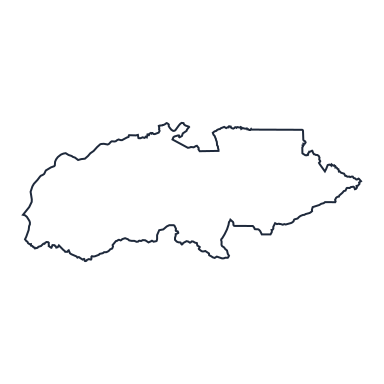 Carlos Julio Arosemena Tola, Napo, Ecuador (Mercator projection)
{"feature_id": "8360857B58627909026885", "entity_name": "Carlos Julio Arosemena Tola", "entity_type": "district", "adm_level": 2, "iso_a3": "ECU", "parent_name": "Ecuador", "parent_adm1": "Napo", "projection": "mercator", "projection_center": [-77.909, -1.166], "detail": "fine", "context": "isolated", "style": "outline", "palette": "slate", "viewbox_px": 384, "rotation_deg": 0, "n_neighbors": 0, "source": "geoboundaries", "source_scale": "gbopen_adm2", "svg_char_len": 6020}
<svg xmlns="http://www.w3.org/2000/svg" viewBox="0 0 384 384"><path d="M25.0,239.3L26.3,241.0L27.4,241.7L28.1,243.2L29.8,244.3L30.9,244.1L31.0,245.6L32.4,246.0L32.9,246.8L33.4,246.9L34.2,247.7L34.7,247.7L35.0,248.4L37.5,247.8L38.4,246.8L41.0,246.0L43.3,243.8L43.8,243.6L44.5,243.8L45.3,242.7L46.6,242.0L48.2,242.2L48.8,242.8L48.7,244.4L48.9,245.3L48.7,246.0L51.2,247.8L51.4,247.8L52.5,245.1L54.5,245.2L54.7,245.7L55.7,246.3L56.3,247.6L57.7,247.2L58.9,245.4L63.3,249.9L64.7,251.0L65.2,251.8L67.4,251.8L68.2,250.6L68.7,250.3L70.0,253.3L71.3,254.2L76.6,256.5L77.4,257.6L78.6,257.1L79.3,257.3L80.0,257.9L82.7,259.6L84.0,258.9L84.3,259.1L84.8,260.9L85.2,261.1L86.4,260.8L86.9,260.0L88.8,259.1L90.9,259.6L91.4,258.9L91.4,256.8L91.9,256.2L93.5,256.5L94.9,256.3L98.9,254.8L99.6,253.9L102.8,253.2L104.1,252.2L106.2,252.2L107.7,251.6L109.1,250.6L110.1,249.4L112.2,248.5L113.0,246.5L112.6,245.1L115.9,241.1L117.1,240.8L118.4,239.9L119.4,239.9L120.6,240.4L121.3,240.1L122.3,239.1L125.1,238.2L128.0,239.3L129.2,240.4L131.8,240.9L134.4,240.9L136.6,241.8L138.1,241.6L138.8,240.9L139.4,240.7L141.1,241.0L142.8,240.1L145.3,240.3L148.5,242.4L151.2,241.2L151.6,240.8L152.2,240.8L153.6,241.7L156.1,241.2L156.7,240.8L157.1,239.0L157.1,235.1L159.2,230.2L163.3,229.4L166.8,226.4L169.3,225.2L173.6,225.2L174.4,225.6L175.6,228.0L176.0,228.9L175.7,230.3L175.9,230.9L177.7,231.4L178.2,232.4L178.2,233.0L177.3,233.5L175.7,234.1L175.7,235.6L175.0,237.8L175.0,239.8L176.7,241.6L178.4,242.3L180.1,242.4L180.6,242.6L181.3,244.0L181.9,244.5L182.5,244.1L183.2,243.0L186.5,241.2L188.1,241.5L190.0,242.7L190.8,242.3L191.7,241.4L193.1,241.5L195.1,242.7L196.8,243.0L197.4,245.6L199.7,246.9L199.7,247.3L198.8,248.8L199.0,249.2L201.2,250.9L202.2,251.4L203.8,251.4L205.3,251.0L209.0,253.5L209.1,255.1L209.4,255.4L210.6,255.9L212.9,257.4L214.7,257.9L216.8,256.6L222.1,258.4L223.9,258.3L225.4,257.7L227.4,257.8L228.0,257.6L229.0,255.8L227.8,253.9L227.0,250.5L225.1,248.9L224.2,247.5L222.1,246.1L221.7,245.4L221.5,244.7L221.6,241.7L221.1,240.0L221.4,239.1L222.3,238.1L224.6,234.3L227.0,229.4L228.5,224.9L229.0,222.1L229.9,221.0L230.4,219.7L233.0,222.0L233.4,223.1L233.4,224.9L234.2,225.9L252.8,226.0L254.2,227.6L254.5,228.7L255.0,229.2L258.1,229.3L258.9,229.7L260.2,231.1L261.8,234.4L270.5,234.4L271.7,232.3L271.9,230.7L271.6,230.0L272.6,229.7L273.3,228.7L273.3,226.8L275.1,223.2L276.9,224.1L279.0,223.7L279.5,224.0L280.5,224.0L282.8,224.7L284.3,224.1L285.7,224.5L291.1,223.0L292.1,222.5L293.5,221.4L293.9,220.1L294.4,219.4L297.6,218.5L298.8,217.2L300.4,216.0L302.8,215.0L304.5,214.8L305.5,214.1L309.6,213.0L311.0,212.1L312.1,211.1L311.9,209.7L312.7,207.1L319.3,205.0L321.2,203.8L323.6,203.2L325.1,202.1L335.2,202.2L335.6,201.5L335.1,199.8L336.2,197.7L337.5,196.8L338.9,196.6L339.3,195.5L342.4,192.8L343.8,191.1L345.5,190.6L346.6,188.2L347.1,187.9L349.7,188.0L350.8,187.1L353.4,186.7L354.2,187.3L354.9,189.2L355.8,189.0L356.9,187.7L356.6,185.9L357.9,185.7L359.5,183.8L359.1,182.5L361.0,181.2L358.9,178.8L358.5,178.6L357.3,179.4L356.3,179.5L354.9,178.3L353.8,178.1L352.7,176.6L351.7,176.6L350.1,177.1L349.4,176.6L347.3,176.7L346.1,175.8L345.3,175.9L344.1,173.7L341.0,172.7L339.6,171.3L338.9,171.5L338.4,169.2L337.5,168.9L336.9,167.9L336.1,167.3L335.4,167.5L335.2,166.0L334.6,165.9L334.2,165.3L333.3,165.7L332.1,164.8L331.5,165.5L331.2,164.5L330.5,165.1L329.3,164.6L327.7,165.1L326.2,168.9L324.9,171.4L319.8,164.3L319.0,162.9L320.2,161.5L320.2,161.0L319.2,159.4L319.5,157.6L318.6,155.8L317.3,155.0L315.7,154.9L314.5,154.2L313.9,154.2L312.9,152.5L312.5,151.1L312.1,150.7L309.8,151.8L309.2,151.7L308.9,152.5L308.1,153.5L308.1,154.8L307.8,155.1L307.1,154.9L306.6,155.3L305.3,155.2L302.6,153.5L302.4,153.2L302.3,147.4L303.0,146.4L302.6,145.4L303.6,145.1L303.4,143.7L304.7,143.8L305.6,142.5L305.2,141.4L303.8,140.6L303.3,139.8L303.0,130.8L302.7,130.1L302.1,129.8L251.2,129.6L251.3,129.3L251.1,129.0L250.3,130.0L249.2,130.0L248.2,129.2L247.3,129.4L246.8,128.4L245.8,128.7L244.1,128.5L243.6,128.2L241.7,128.5L241.2,128.9L241.0,128.4L241.5,127.5L240.6,127.0L240.0,127.6L237.3,127.1L236.5,127.8L236.0,127.3L235.2,127.2L234.4,128.0L233.3,128.6L232.1,128.3L230.9,127.5L230.6,127.1L230.7,126.6L229.5,126.3L228.8,126.4L228.5,127.4L227.6,127.3L226.2,128.1L224.2,126.9L220.7,128.3L219.9,129.1L218.8,129.2L217.4,129.8L216.7,130.3L216.4,130.8L214.5,131.4L212.8,132.8L213.5,134.7L214.8,136.2L215.2,137.6L215.8,138.6L216.0,139.9L216.8,141.8L217.1,145.3L217.9,146.4L218.0,148.0L218.5,149.6L218.5,150.9L199.7,151.2L198.5,149.4L198.7,148.1L196.9,145.8L196.0,146.0L193.7,147.3L190.9,147.0L189.7,147.5L187.9,147.8L172.5,139.5L173.4,137.3L174.4,136.5L178.2,135.4L179.0,135.5L179.1,137.0L179.6,137.3L181.9,136.0L182.8,133.4L186.5,130.9L187.1,129.4L189.1,127.0L188.9,126.7L185.4,125.5L184.0,124.4L183.5,123.1L181.6,122.9L180.3,123.8L178.9,125.4L175.3,130.3L174.3,130.8L173.2,130.9L171.4,129.8L169.6,127.6L168.7,126.1L168.8,124.6L168.4,124.1L167.0,123.2L166.5,123.1L164.9,124.3L163.4,125.0L162.7,125.0L162.2,125.4L160.9,125.4L160.2,125.7L159.4,125.6L158.8,125.9L159.3,128.4L159.0,129.1L159.6,130.9L158.7,132.6L154.8,134.1L153.5,134.0L152.5,133.0L152.0,133.0L151.5,133.6L150.8,133.0L149.4,133.8L148.9,135.2L148.5,135.2L147.8,134.4L147.5,134.4L146.8,137.4L145.6,136.8L145.4,137.3L144.4,137.9L142.7,137.3L140.5,138.2L138.8,138.2L138.4,138.0L137.9,134.9L135.9,135.4L129.2,135.2L128.9,135.3L128.5,137.0L126.9,137.5L122.1,140.1L120.6,140.1L118.6,139.5L117.2,140.1L115.8,141.2L114.6,141.5L111.8,141.3L110.8,141.9L109.1,143.8L107.7,144.5L103.8,143.8L101.1,144.0L100.1,144.4L97.1,147.1L93.6,151.0L90.3,153.3L88.0,156.0L84.9,158.7L81.3,159.1L78.1,160.0L75.0,157.6L72.7,156.8L71.7,156.0L68.6,155.0L65.7,153.2L63.8,153.5L62.3,154.0L60.8,154.7L57.8,157.1L56.1,159.4L55.1,161.7L54.8,165.5L54.2,166.2L50.9,167.4L45.8,170.5L44.2,173.9L42.6,175.0L40.9,175.7L40.0,176.6L37.5,179.9L33.9,183.8L32.4,186.4L30.6,191.8L31.8,199.4L31.7,201.9L29.2,207.1L23.0,214.8L25.0,215.3L26.9,216.9L29.4,220.9L29.9,222.4L29.9,224.3L29.1,226.2L28.7,229.9L26.2,236.9L25.0,239.3Z" fill="none" stroke="#1e293b" stroke-width="2"/></svg>